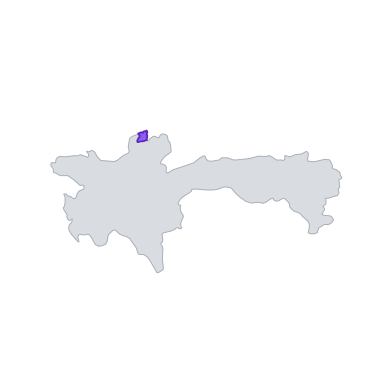 Sopbao, Houaphan, Laos shown in context, rotated 307°
{"feature_id": "54806243B20736296010663", "entity_name": "Sopbao", "entity_type": "district", "adm_level": 2, "iso_a3": "LAO", "parent_name": "Laos", "parent_adm1": "Houaphan", "projection": "mercator", "projection_center": [104.423, 20.651], "detail": "fine", "context": "in_parent", "style": "filled", "palette": "violet", "viewbox_px": 384, "rotation_deg": 307, "n_neighbors": 0, "source": "geoboundaries", "source_scale": "gbopen_adm2", "svg_char_len": 5836}
<svg xmlns="http://www.w3.org/2000/svg" viewBox="0 0 384 384"><g transform="rotate(307 192 192)"><path d="M141.5,65.7L143.1,68.7L150.6,76.6L151.8,78.8L154.6,80.4L156.9,87.5L157.8,87.9L159.1,87.5L160.0,86.5L160.8,83.7L161.3,83.5L162.1,85.7L164.2,86.4L165.1,87.4L165.4,89.1L165.1,90.8L163.3,94.8L162.3,100.2L169.6,111.7L172.6,113.3L179.9,115.2L184.8,117.7L187.1,117.1L189.3,114.2L191.9,112.7L196.8,110.2L198.2,110.1L200.9,111.0L205.4,113.9L212.1,119.3L211.9,120.7L210.7,122.1L207.1,124.2L205.9,125.6L206.6,126.1L209.6,126.4L213.1,127.6L214.2,129.0L214.8,132.2L215.4,132.8L218.7,132.4L219.7,132.9L220.9,133.9L222.0,136.5L222.0,138.5L218.8,142.0L218.4,144.1L216.7,146.6L212.2,150.7L211.0,151.0L202.8,148.7L196.3,149.0L195.7,149.9L196.8,152.4L197.1,154.9L196.1,156.8L192.4,159.2L192.2,160.3L193.0,161.4L198.5,163.6L215.9,175.6L223.9,177.8L227.4,179.3L228.3,180.2L228.3,181.2L227.3,182.5L226.6,184.9L226.6,186.3L227.4,187.6L228.8,189.6L233.7,194.2L237.3,195.2L241.0,200.4L242.1,204.9L244.0,207.8L253.0,217.5L260.6,223.5L265.1,230.0L267.3,231.4L268.0,233.8L268.5,240.5L271.2,243.9L271.7,245.3L272.8,246.3L274.1,246.5L276.8,244.3L277.3,244.6L278.5,248.2L279.6,249.5L283.6,251.7L287.8,256.0L290.1,257.5L293.0,258.7L293.4,260.1L292.9,261.5L292.0,262.4L287.0,264.9L286.4,265.9L289.6,271.4L297.8,278.2L300.4,282.3L299.8,284.2L297.6,288.2L295.9,289.2L295.4,290.5L296.7,293.7L296.5,298.6L295.0,299.8L293.5,302.9L292.5,303.1L290.0,302.0L284.7,307.2L282.5,306.9L279.8,309.9L276.4,310.2L274.1,308.1L269.0,304.6L267.3,302.4L265.7,304.3L263.0,306.1L259.3,305.4L258.3,308.1L257.6,308.5L253.1,309.0L252.2,309.4L253.0,311.8L255.6,315.8L256.4,318.1L254.8,321.9L250.1,321.8L248.0,320.3L245.4,317.0L239.4,314.9L235.4,316.4L234.2,316.3L231.1,313.6L230.0,311.9L229.4,309.3L233.9,307.2L236.2,305.6L237.8,303.8L238.4,302.0L239.1,294.5L239.8,291.9L239.4,288.6L238.2,286.1L238.2,282.2L238.8,279.1L240.6,277.6L241.8,275.3L242.5,270.3L242.0,269.0L240.3,267.8L237.4,266.6L235.6,265.1L234.8,263.3L234.9,261.8L235.8,260.4L233.6,258.9L228.4,257.2L225.4,255.2L224.8,252.9L222.6,249.9L218.9,246.1L216.9,240.6L216.7,233.5L217.2,227.7L218.8,221.0L216.6,216.1L214.2,213.6L210.8,211.7L207.6,209.0L204.6,205.5L201.0,200.3L196.7,193.3L193.9,190.2L192.4,191.0L189.4,190.3L184.7,188.3L180.6,187.2L177.1,187.1L174.9,187.5L173.8,188.6L173.7,189.6L174.6,190.7L174.1,191.5L172.3,192.0L170.9,193.2L169.2,195.7L168.1,199.0L166.3,200.3L163.7,200.6L161.0,201.5L158.5,203.2L157.2,204.4L157.4,205.2L156.8,205.4L155.6,204.9L155.0,203.8L155.0,202.1L153.7,201.0L151.0,200.4L147.9,198.5L142.1,193.7L140.7,193.5L138.8,194.8L136.3,197.4L134.3,198.5L132.6,197.9L131.4,198.9L130.5,201.3L128.8,203.2L121.0,208.4L113.9,215.0L112.1,215.6L107.8,213.8L106.5,212.5L112.3,198.9L113.2,195.6L113.0,191.2L110.5,187.6L110.4,186.5L110.8,185.4L113.8,181.2L117.3,170.3L117.1,166.9L115.6,163.1L114.8,159.6L115.4,154.8L115.2,152.9L113.5,151.9L108.1,151.0L105.0,151.8L103.5,153.1L101.7,153.9L98.3,154.4L95.1,152.7L92.4,149.9L91.8,146.5L95.1,139.2L95.9,136.4L95.9,135.0L95.3,133.6L94.5,133.4L92.7,131.7L91.1,128.7L89.5,127.3L88.0,127.5L86.6,128.7L84.3,131.6L83.6,131.2L85.6,121.0L87.5,116.7L89.7,114.7L92.0,113.8L94.5,114.1L96.6,113.8L98.2,112.7L98.1,112.1L96.1,111.9L95.3,110.8L95.7,108.6L96.6,107.2L98.0,106.6L99.3,104.4L100.5,100.6L102.1,98.7L103.9,98.7L107.0,97.1L111.4,93.9L113.1,90.9L114.7,92.3L114.1,95.8L115.0,96.6L115.4,97.8L115.2,99.8L115.5,101.5L116.2,102.3L117.2,102.7L121.8,101.3L124.7,101.2L129.3,103.8L132.1,101.8L132.1,101.1L129.9,98.7L130.6,89.7L130.3,82.9L126.4,77.8L125.6,75.8L125.2,72.4L124.2,69.6L126.9,67.3L128.4,63.1L130.3,62.1L130.9,62.3L133.3,65.4L136.3,63.8L138.5,63.8L140.5,64.7L141.5,65.7Z" fill="#d9dde1" stroke="#a8b0b8" stroke-width="1"/><path d="M206.3,124.6L206.4,124.3L206.4,124.1L206.5,124.1L206.9,124.1L207.0,124.1L207.3,124.1L207.5,124.0L207.6,123.9L207.8,123.8L207.9,123.7L208.0,123.6L208.3,123.4L208.5,123.4L208.8,123.3L209.0,123.3L209.0,123.2L209.3,123.0L209.3,122.9L209.5,122.7L209.7,122.4L209.8,122.4L210.0,122.4L210.2,122.2L210.3,122.3L210.5,122.2L210.5,121.9L210.4,121.9L210.5,121.8L210.5,121.7L210.7,121.4L210.7,121.2L210.8,121.2L210.9,120.9L211.0,120.8L211.1,120.7L211.3,120.7L211.5,120.5L211.8,120.5L212.0,120.5L212.1,120.4L212.3,120.5L212.5,120.5L212.8,120.5L212.8,120.4L212.9,120.2L213.0,120.1L213.3,120.0L213.4,119.9L213.5,119.8L213.5,119.7L213.5,119.4L213.6,119.2L213.8,119.0L213.8,118.8L213.8,118.7L213.7,118.6L213.5,118.4L213.4,118.4L213.3,118.5L213.2,118.4L212.9,118.4L212.9,118.5L212.7,118.5L212.6,118.4L212.4,118.4L212.2,118.2L212.2,117.9L212.2,117.7L212.0,117.4L211.9,117.4L211.7,117.2L211.3,117.0L211.2,116.9L211.1,117.0L210.9,117.1L210.7,117.0L210.4,117.0L210.2,117.1L209.9,117.1L209.7,117.2L209.4,116.9L209.3,116.7L209.3,116.3L209.4,116.2L209.2,116.1L209.2,115.9L209.3,115.7L209.2,115.5L209.0,115.4L208.9,115.3L208.8,115.2L208.6,115.2L208.4,115.1L208.2,114.8L208.2,114.7L207.8,114.6L207.7,114.6L207.6,114.8L207.4,114.7L207.2,114.6L207.1,114.4L207.0,114.2L206.9,114.2L206.7,113.9L206.4,113.7L206.2,113.8L206.2,114.0L206.0,114.3L205.9,114.8L205.6,115.4L205.5,115.9L205.4,116.0L205.5,116.2L205.4,116.2L205.4,116.3L205.3,116.5L205.2,116.6L204.9,116.6L204.7,116.7L204.7,116.8L204.3,116.9L204.2,117.0L203.8,117.0L203.5,117.0L203.5,116.7L203.4,116.7L203.1,116.7L202.9,116.6L202.7,116.7L202.6,116.8L202.4,116.9L202.2,116.9L202.0,117.0L201.8,116.9L201.7,116.9L201.4,116.9L201.2,117.1L200.8,117.1L200.6,117.1L200.4,117.1L200.1,117.3L199.9,117.4L199.7,117.5L199.6,117.8L199.6,118.0L199.4,118.1L199.3,118.3L199.2,118.3L199.2,118.2L199.0,118.3L199.0,118.5L199.3,118.8L199.5,119.0L199.6,119.3L199.8,119.5L200.4,119.7L201.2,120.4L202.1,121.2L202.3,121.5L202.6,122.0L202.8,122.3L203.0,122.5L203.7,122.9L204.0,123.2L204.2,123.4L204.5,123.5L205.1,123.9L205.3,124.1L205.5,124.2L205.7,124.3L205.9,124.4L206.3,124.6Z" fill="#8b5cf6" stroke="#5b21b6" stroke-width="1.5"/></g></svg>